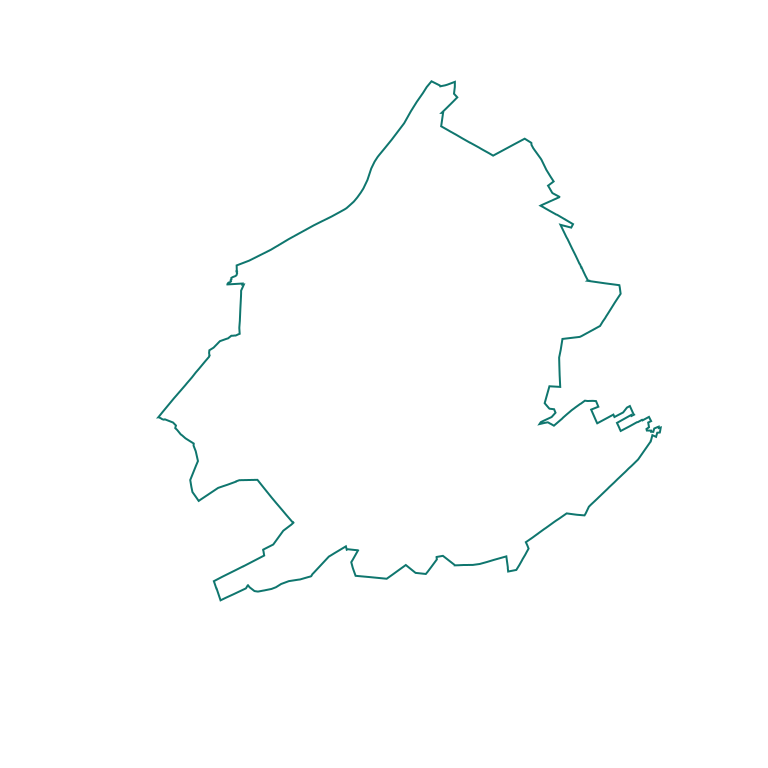 the district of Skrīveru pag., Skriveru, Latvia, rotated 147°
{"feature_id": "27541924B66857212863076", "entity_name": "Skrīveru pag.", "entity_type": "district", "adm_level": 2, "iso_a3": "LVA", "parent_name": "Latvia", "parent_adm1": "Skriveru", "projection": "natural_earth1", "projection_center": [25.099, 56.672], "detail": "fine", "context": "isolated", "style": "outline", "palette": "teal", "viewbox_px": 768, "rotation_deg": 147, "n_neighbors": 0, "source": "geoboundaries", "source_scale": "gbopen_adm2", "svg_char_len": 6022}
<svg xmlns="http://www.w3.org/2000/svg" viewBox="0 0 768 768"><g transform="rotate(147 384 384)"><path d="M443.0,563.7L445.5,559.6L445.6,559.2L445.9,559.1L446.3,559.1L446.5,558.6L446.1,558.3L446.1,558.0L446.4,557.8L446.7,557.4L447.1,556.9L447.1,556.6L447.8,556.2L448.1,555.8L448.8,555.5L449.4,555.5L450.2,555.5L450.6,555.6L451.0,555.7L451.4,555.8L452.9,556.1L454.3,556.1L454.6,555.7L454.7,555.4L454.9,554.9L455.2,554.7L455.5,554.8L455.9,554.7L456.1,554.6L456.4,554.1L456.4,553.8L456.6,553.6L456.6,553.4L456.8,553.4L457.0,553.3L457.5,553.3L457.8,553.3L458.2,553.3L458.9,553.6L459.1,553.7L459.3,553.7L460.1,553.4L460.8,553.1L461.0,553.0L461.1,552.8L447.9,545.3L448.7,544.6L447.3,543.8L453.0,540.1L454.3,538.1L456.4,535.1L463.3,525.6L469.5,516.9L470.4,515.6L474.4,510.4L475.0,509.5L477.7,504.7L479.1,505.0L481.9,505.4L483.2,506.2L484.3,506.7L485.7,507.6L486.4,507.6L486.6,507.5L488.2,507.4L489.8,507.2L491.6,507.7L498.3,509.3L507.1,507.3L512.1,507.4L513.7,505.4L514.2,504.5L514.7,503.0L515.0,503.1L515.9,502.1L522.0,500.3L531.0,497.5L535.5,496.2L541.3,494.2L541.6,494.1L548.8,492.0L551.3,491.2L568.0,486.4L584.9,481.1L591.4,479.0L591.2,478.9L590.8,478.4L589.9,476.9L589.3,475.5L588.3,474.2L588.0,474.0L587.8,473.9L587.0,473.7L581.9,466.6L581.1,462.5L582.6,461.2L582.9,460.9L583.1,460.7L583.0,460.2L582.9,459.9L582.5,458.1L581.9,452.4L581.3,450.9L580.1,446.6L576.0,437.7L577.3,436.0L578.5,430.2L579.3,428.0L582.0,420.7L586.3,417.8L598.8,409.0L601.6,402.6L603.5,397.7L603.2,390.5L603.1,386.9L579.7,387.2L574.1,385.8L570.3,384.8L561.2,382.7L561.0,382.9L557.7,382.1L542.4,372.6L542.3,372.2L541.2,360.8L540.1,350.1L539.3,343.4L538.7,338.9L537.9,332.7L537.3,327.7L536.0,318.2L535.9,318.1L535.5,317.8L535.5,317.0L537.2,316.7L538.5,316.5L538.9,316.5L548.4,315.8L564.3,309.7L575.6,310.9L575.8,310.7L575.9,310.0L577.3,306.8L577.7,305.9L577.9,305.4L601.5,307.7L601.5,307.8L609.8,308.7L624.5,310.4L634.1,311.3L634.4,310.0L636.0,303.7L635.8,303.6L638.9,291.6L632.6,290.8L625.2,289.7L611.1,287.8L608.0,289.3L607.7,289.3L607.4,286.6L605.4,280.9L603.3,279.0L602.4,278.4L600.7,277.7L598.0,276.6L596.4,275.9L595.8,275.7L590.0,273.4L585.3,272.4L579.2,272.3L571.2,270.5L562.5,266.6L561.1,265.9L560.6,265.7L559.2,265.3L552.6,263.3L550.8,262.7L550.4,262.6L550.0,262.5L549.8,262.5L549.6,262.5L547.7,263.5L545.9,263.9L524.2,269.3L522.4,269.2L517.8,269.1L504.4,268.6L505.5,265.3L504.3,265.1L498.9,260.7L496.5,258.8L496.4,258.6L496.6,258.5L503.5,254.9L506.4,253.4L508.5,252.4L509.2,250.3L509.6,249.0L509.9,248.2L510.3,246.9L510.8,244.9L512.3,238.6L501.6,230.2L487.8,219.2L480.6,219.5L470.8,220.0L464.3,220.3L460.4,208.4L452.4,201.9L449.8,202.7L444.0,204.8L435.2,208.1L434.4,209.9L434.1,210.3L428.2,207.8L427.2,205.0L423.2,193.4L423.3,193.3L420.7,191.7L415.4,188.6L412.7,186.8L411.3,186.0L410.8,185.6L410.6,185.5L407.7,183.7L407.0,183.4L401.7,180.9L400.4,180.5L394.4,178.6L387.5,176.6L375.3,172.8L380.1,162.6L380.4,162.3L382.0,159.1L374.3,156.0L369.2,158.4L364.4,160.9L363.4,161.5L358.5,163.9L356.0,165.3L352.4,167.2L351.7,170.5L351.2,174.1L343.1,174.3L334.2,174.8L328.4,175.1L326.8,175.1L324.9,175.2L324.6,175.2L316.9,175.6L314.4,175.7L310.6,175.7L301.3,176.0L293.6,169.4L287.4,164.6L286.8,164.9L285.5,165.5L279.0,169.5L276.2,170.1L267.3,171.7L266.4,171.9L253.7,174.3L251.5,174.8L244.7,176.0L239.9,177.0L234.4,178.0L228.9,179.0L224.8,179.9L221.0,180.5L212.0,182.3L191.8,190.5L191.5,190.8L191.4,190.7L186.8,194.9L184.6,191.5L181.4,194.3L179.1,193.1L178.2,194.0L175.6,196.8L177.5,197.4L176.8,198.6L177.6,198.8L181.6,199.5L184.2,197.2L186.0,198.4L185.3,199.4L188.9,201.8L188.4,203.3L185.3,203.4L183.4,207.8L180.2,207.4L179.7,212.1L187.0,212.7L187.1,213.4L191.9,213.8L192.7,214.2L197.2,214.5L201.4,214.8L211.1,215.7L211.1,215.8L210.9,216.8L210.8,217.9L210.6,218.7L210.3,220.7L209.8,224.5L193.5,223.4L193.8,222.4L191.0,222.1L191.1,223.2L189.8,231.6L193.1,231.9L198.9,229.9L208.7,230.8L208.3,233.4L213.3,233.8L213.5,233.8L226.6,234.9L226.6,235.0L226.3,237.0L224.2,249.7L216.6,248.2L215.5,254.2L218.0,256.1L222.6,258.9L224.6,260.6L229.7,260.3L230.5,260.4L232.3,260.3L236.5,260.1L237.5,260.0L239.4,259.9L241.0,259.8L243.1,259.5L247.1,259.0L252.6,258.2L253.0,258.0L264.2,256.5L265.9,259.8L266.3,260.4L267.3,262.4L267.6,262.7L270.7,264.0L272.4,264.6L275.4,265.7L273.3,266.6L273.0,266.6L270.7,266.3L261.4,265.0L255.8,266.5L255.1,270.2L258.6,273.1L258.8,273.6L259.7,280.4L252.2,287.0L246.5,292.0L237.8,285.6L231.9,295.7L227.3,303.3L222.7,310.8L217.2,316.4L209.8,324.6L194.2,316.9L192.3,316.6L171.2,315.0L166.4,317.3L162.7,318.8L160.5,319.9L158.9,320.6L150.9,324.3L146.0,326.6L136.4,330.8L133.7,336.5L132.8,338.7L143.6,347.9L157.1,359.7L156.5,359.7L156.6,359.8L156.1,365.2L155.5,369.7L154.8,374.2L155.1,374.2L154.4,377.7L154.5,378.0L154.6,378.5L154.5,379.0L154.2,381.0L153.3,387.7L152.4,395.8L151.1,405.8L151.1,406.5L151.0,407.9L149.3,421.4L148.6,420.6L141.8,413.2L138.4,415.1L146.6,431.5L147.5,432.7L147.7,433.2L150.4,438.3L153.6,444.5L153.9,445.2L155.6,448.3L154.5,448.2L135.8,445.3L135.3,445.2L135.0,445.5L135.4,446.3L136.3,447.9L138.6,452.1L138.8,452.8L138.5,458.1L138.4,461.0L137.8,461.0L131.4,461.5L131.4,465.6L131.4,467.0L131.2,475.1L129.8,486.4L129.8,487.9L130.2,496.0L130.3,497.8L130.4,501.0L130.3,501.4L130.1,504.1L129.1,506.0L132.4,513.1L143.8,514.1L151.2,514.7L168.1,516.1L170.2,520.3L173.3,526.1L175.0,529.4L175.3,530.1L178.3,535.7L180.4,539.6L180.5,539.6L184.5,547.3L186.4,551.1L187.1,552.5L187.5,553.3L191.0,559.9L192.2,562.3L194.7,567.1L195.7,569.0L190.9,574.5L188.1,577.7L187.2,578.8L186.8,579.2L188.0,580.0L180.9,581.4L172.7,583.1L166.4,584.5L167.2,589.3L162.8,594.6L160.0,598.8L167.7,600.5L170.1,601.2L173.1,602.4L174.7,603.0L174.6,604.0L179.3,612.0L186.4,609.8L192.9,606.8L202.8,602.8L212.9,598.1L225.1,591.7L244.5,584.7L254.4,581.5L263.6,578.6L265.9,577.8L270.8,575.6L277.3,571.7L286.8,564.1L294.8,559.2L299.4,557.1L304.8,555.0L310.0,553.4L316.2,552.4L319.6,551.9L321.8,551.9L327.6,552.3L336.7,553.0L347.6,554.3L356.5,555.3L372.7,556.5L385.1,557.4L405.7,558.2L429.9,560.9L443.0,563.7Z" fill="none" stroke="#0f766e" stroke-width="2"/></g></svg>